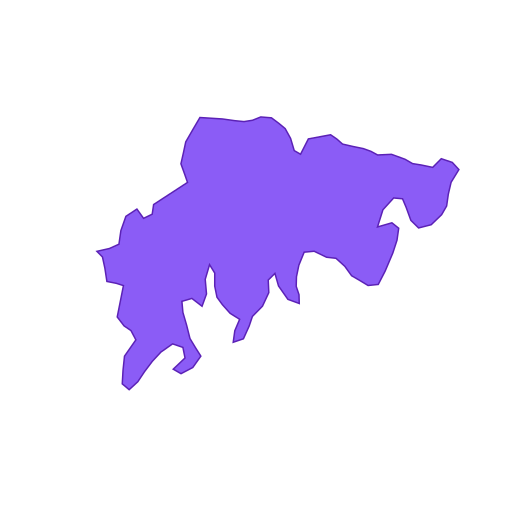 Flor do Sertão, Santa Catarina, Brazil (Equal Earth projection), rotated 210°
{"feature_id": "56859067B9215522088689", "entity_name": "Flor do Sertão", "entity_type": "district", "adm_level": 2, "iso_a3": "BRA", "parent_name": "Brazil", "parent_adm1": "Santa Catarina", "projection": "equal_earth", "projection_center": [-53.343, -26.756], "detail": "fine", "context": "isolated", "style": "filled", "palette": "violet", "viewbox_px": 512, "rotation_deg": 210, "n_neighbors": 0, "source": "geoboundaries", "source_scale": "gbopen_adm2", "svg_char_len": 1679}
<svg xmlns="http://www.w3.org/2000/svg" viewBox="0 0 512 512"><g transform="rotate(210 256 256)"><path d="M123.5,432.3L132.8,435.2L144.2,432.9L147.3,421.1L158.5,417.4L166.6,414.3L175.3,414.3L189.5,411.8L201.2,404.3L208.8,404.1L216.7,402.7L226.9,399.3L237.0,396.2L244.4,397.7L252.0,398.3L269.2,383.6L268.3,366.4L275.6,366.4L284.8,375.1L294.4,380.9L302.6,382.3L311.7,383.4L321.4,378.8L326.9,371.8L333.6,366.4L342.0,362.6L353.6,357.9L373.8,347.9L373.9,334.0L373.9,319.7L370.4,308.9L367.1,298.3L360.0,292.3L352.1,285.5L370.4,249.4L366.8,240.3L372.2,232.4L382.6,237.1L388.5,225.3L385.7,210.4L380.6,197.7L386.7,189.2L396.1,180.5L388.5,178.4L380.8,169.9L372.4,159.4L363.3,162.5L356.0,164.1L345.7,133.8L335.3,129.5L327.0,128.9L318.1,123.3L319.8,103.5L314.1,90.7L307.9,78.4L299.0,76.8L295.5,88.0L294.7,100.2L293.1,113.1L290.3,125.3L284.3,138.2L273.6,140.3L266.5,132.2L271.1,116.6L262.1,116.6L255.0,127.8L253.7,141.7L262.1,146.1L271.9,151.5L281.5,161.4L291.1,170.6L297.5,179.7L290.3,187.2L277.6,185.5L279.9,198.4L288.3,210.4L291.9,225.3L283.2,220.6L276.7,209.3L269.2,200.8L260.9,197.1L249.7,193.4L238.5,193.0L237.0,180.7L232.6,169.9L225.5,178.0L226.9,191.9L228.9,201.9L225.3,215.8L226.6,230.7L233.4,241.3L230.9,250.4L221.5,241.3L206.7,234.4L194.8,236.5L199.4,244.0L206.0,249.8L210.6,258.3L214.3,269.5L216.2,283.4L208.0,289.2L194.3,290.2L185.6,294.0L174.0,291.5L163.3,286.7L154.2,286.7L144.2,286.5L135.9,292.5L136.6,307.5L139.0,327.0L141.8,340.2L146.3,351.4L154.9,352.7L165.3,341.9L169.2,359.5L165.8,375.1L157.7,378.8L150.3,373.2L139.7,364.3L129.2,361.6L119.9,370.7L115.9,384.6L115.9,394.6L120.4,405.8L123.9,417.4L123.5,432.3Z" fill="#8b5cf6" stroke="#5b21b6" stroke-width="1.5"/></g></svg>